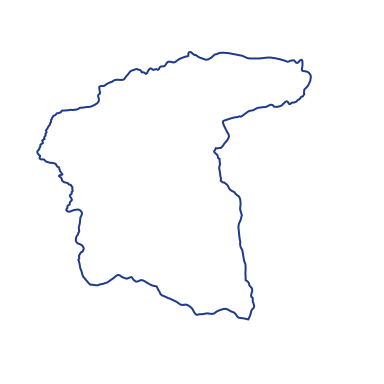 outline of Chima, Santander, Colombia, rotated 77°
{"feature_id": "7082276B29202754493362", "entity_name": "Chima", "entity_type": "district", "adm_level": 2, "iso_a3": "COL", "parent_name": "Colombia", "parent_adm1": "Santander", "projection": "mercator", "projection_center": [-73.411, 6.385], "detail": "fine", "context": "isolated", "style": "outline", "palette": "blue", "viewbox_px": 384, "rotation_deg": 77, "n_neighbors": 0, "source": "geoboundaries", "source_scale": "gbopen_adm2", "svg_char_len": 5940}
<svg xmlns="http://www.w3.org/2000/svg" viewBox="0 0 384 384"><g transform="rotate(77 192 192)"><path d="M328.8,165.8L325.2,163.0L321.1,160.9L320.1,160.0L319.0,158.3L318.3,157.6L317.2,157.1L315.2,157.1L312.2,157.4L309.1,156.7L307.1,157.8L306.1,157.7L303.7,156.6L301.9,155.5L299.7,155.3L298.6,155.6L296.6,156.8L295.5,157.1L293.4,157.1L292.6,157.4L291.4,158.2L289.9,159.6L286.1,158.7L283.4,158.3L278.7,157.0L274.5,156.2L270.5,156.7L260.5,156.1L259.3,156.2L256.9,157.0L254.7,157.0L253.1,156.8L251.7,156.2L247.1,156.0L236.7,154.7L233.6,153.5L230.0,150.8L225.9,148.7L220.2,149.0L218.5,148.7L214.5,147.3L210.0,146.7L207.8,147.0L206.8,147.4L204.1,149.7L201.6,150.8L199.6,153.3L197.6,154.8L193.7,155.8L192.5,156.4L189.9,158.6L189.7,159.7L187.6,161.5L185.6,160.8L184.9,160.7L183.1,160.8L178.7,160.3L175.1,160.2L173.7,159.8L171.0,158.3L169.2,158.3L166.0,157.7L165.7,158.2L164.7,158.9L162.0,158.9L161.2,159.3L158.4,161.2L157.4,161.3L156.2,160.1L154.7,158.9L155.0,158.1L155.5,154.0L155.4,153.5L153.7,151.2L152.2,149.7L149.3,145.8L147.6,144.3L145.9,143.4L144.7,143.4L143.6,143.5L141.4,144.3L134.6,145.9L132.3,146.2L130.5,146.1L129.9,145.6L129.6,144.2L129.0,137.5L128.9,134.0L129.2,130.6L129.0,128.5L129.6,127.4L129.2,126.1L126.1,118.9L125.9,117.4L126.1,113.8L125.3,111.5L124.8,109.0L125.3,103.9L125.7,101.8L125.7,100.4L124.6,95.9L125.2,94.3L125.7,93.7L126.3,93.3L127.0,93.2L127.3,92.9L128.2,90.1L128.2,87.5L127.9,85.5L127.5,84.4L127.0,83.9L125.1,80.6L124.9,79.7L125.2,78.8L125.6,78.5L126.3,78.2L127.9,77.7L128.3,77.2L128.3,76.5L127.6,75.1L127.4,74.0L127.8,72.6L127.5,70.4L127.1,69.5L126.4,68.6L125.9,67.6L125.8,66.5L125.3,65.7L124.1,64.7L123.8,63.7L123.8,62.9L123.5,62.2L121.9,60.6L120.5,60.6L117.4,59.5L115.4,56.2L114.0,54.6L110.5,51.9L107.0,50.4L105.6,50.2L104.4,50.3L102.7,51.0L101.7,51.8L101.0,52.4L100.4,53.2L99.0,56.8L98.2,57.4L97.2,57.4L93.3,55.8L90.1,55.1L88.9,55.0L88.1,55.3L87.8,55.7L87.9,56.8L89.7,59.5L89.9,60.2L89.8,60.8L89.4,61.5L86.7,62.9L86.3,64.8L86.3,67.1L86.6,68.3L86.6,69.2L86.4,69.9L84.4,72.9L82.5,76.4L80.2,81.2L79.8,82.6L78.8,84.8L78.1,87.6L77.1,95.9L75.6,102.7L74.6,106.6L73.7,108.3L70.5,112.5L64.9,125.2L63.4,129.9L62.7,133.6L62.7,134.4L63.2,136.6L63.1,138.4L63.5,139.5L65.4,142.9L66.0,144.9L66.4,146.3L66.4,147.7L66.0,149.2L63.2,153.6L61.8,155.4L59.5,157.4L59.0,158.8L56.9,160.7L56.2,160.9L55.4,161.7L55.2,162.6L55.3,163.6L56.1,164.3L58.5,165.0L58.8,166.0L58.6,167.3L59.1,172.0L59.7,174.9L61.4,178.8L61.7,180.1L61.5,181.3L60.6,182.9L60.0,184.5L59.8,185.8L60.0,186.8L60.5,187.4L62.9,190.0L63.2,191.3L62.7,193.8L63.1,195.1L63.8,195.9L64.7,196.5L65.2,197.3L65.1,198.0L64.2,199.2L64.3,202.3L62.8,203.7L62.3,204.5L62.5,205.6L63.6,207.1L65.8,208.9L66.3,209.6L66.6,210.3L65.2,211.4L64.5,212.3L64.0,214.1L62.9,214.2L61.6,215.0L60.2,217.6L59.8,218.0L59.7,219.3L60.2,223.6L60.6,225.0L63.5,228.6L64.5,230.1L66.8,232.7L67.1,233.9L67.0,235.4L65.7,239.9L65.6,241.9L65.8,243.2L66.6,245.2L66.7,246.9L67.1,248.9L67.6,250.8L68.8,253.5L68.8,254.4L68.4,255.4L68.3,256.4L68.3,257.5L68.7,258.7L71.3,259.2L74.8,259.2L75.7,259.9L75.9,260.8L76.5,261.6L77.5,261.9L80.0,261.8L81.6,262.1L82.6,262.5L84.1,264.2L85.3,267.4L86.0,271.2L86.0,272.6L85.9,273.9L85.5,275.1L85.3,278.5L84.8,282.3L85.6,284.6L85.7,286.7L85.4,287.3L85.4,289.4L84.7,291.4L84.5,292.7L84.5,294.0L83.8,298.8L83.5,299.7L83.5,300.5L84.2,301.2L84.8,302.0L85.1,304.1L85.0,305.2L85.0,306.1L86.3,307.8L86.6,309.9L88.3,311.6L89.3,312.1L89.9,312.9L92.5,313.9L93.1,314.7L94.9,315.7L95.3,316.5L96.1,317.4L97.7,318.7L99.0,320.4L101.1,320.3L102.5,321.8L104.1,322.0L105.2,323.5L106.2,323.9L107.2,323.8L107.7,325.4L108.2,326.3L110.6,326.2L111.1,327.1L111.4,328.1L111.8,329.0L113.7,329.6L114.7,330.8L115.7,331.0L116.4,331.8L116.9,332.8L117.8,333.6L119.2,333.8L121.7,332.7L122.4,332.0L123.2,332.1L124.3,332.8L125.3,332.8L126.2,331.8L127.0,328.9L129.5,327.4L130.1,326.4L131.8,323.4L131.8,322.6L132.4,321.2L133.1,319.7L133.7,318.8L134.7,318.2L136.2,317.9L137.2,317.3L138.0,316.1L141.9,315.9L145.5,314.3L145.9,314.8L146.0,317.5L146.5,318.0L148.5,316.4L149.9,315.9L151.3,316.1L152.5,315.5L153.7,314.4L155.2,311.3L156.0,310.6L156.7,310.5L157.3,309.8L157.6,308.8L158.2,308.3L159.2,308.2L159.9,307.6L160.5,307.4L162.1,308.0L163.4,307.9L164.5,308.3L164.8,309.1L165.9,309.5L166.5,309.6L167.0,310.2L167.4,311.4L168.3,311.9L169.8,311.5L171.0,311.0L172.7,310.8L173.5,311.7L174.2,312.9L175.0,313.5L176.7,314.0L177.3,316.2L177.9,316.6L179.6,317.0L180.6,318.3L181.4,318.5L182.7,317.8L183.3,316.9L183.6,315.5L183.5,313.9L183.0,311.1L183.4,306.9L184.4,305.4L186.0,304.3L188.0,303.9L190.0,305.0L191.6,306.4L196.1,308.0L197.0,308.2L201.1,310.3L204.8,310.7L205.8,311.3L206.3,312.0L208.1,313.0L208.9,314.1L210.2,315.1L212.6,316.0L213.7,316.1L215.1,315.7L216.4,314.9L217.6,313.0L219.2,311.2L220.7,310.5L222.0,310.2L223.1,310.3L225.1,311.7L225.6,312.3L225.5,312.9L225.7,313.5L226.9,314.9L228.4,316.2L228.9,316.5L231.3,316.8L232.6,318.0L233.0,317.8L236.0,317.7L241.1,318.0L244.4,317.5L248.8,317.3L249.9,317.1L257.7,313.1L259.4,311.9L259.7,311.0L259.8,310.2L260.7,308.1L261.7,305.0L261.6,303.8L261.3,302.6L261.5,300.0L261.4,298.5L261.0,294.5L259.7,291.6L258.4,288.2L256.8,285.1L256.3,283.5L256.3,282.2L257.0,281.1L258.5,279.9L259.9,278.3L261.5,275.6L261.8,274.3L261.3,272.2L261.3,270.3L261.9,269.6L263.5,269.1L264.5,268.6L266.4,267.1L266.8,266.5L266.9,265.8L266.9,264.8L266.4,262.0L266.6,260.5L268.0,258.5L270.8,255.8L273.7,252.4L274.6,251.0L275.6,248.6L276.0,247.8L277.0,247.4L279.6,247.0L281.1,246.3L284.5,245.6L285.9,244.6L288.2,241.3L289.9,239.3L290.9,237.6L294.8,232.6L295.6,231.7L298.3,229.3L299.1,228.5L299.9,226.8L300.3,223.3L301.6,221.2L303.4,219.6L305.3,218.3L306.5,217.8L310.2,216.8L312.1,215.7L312.8,215.0L312.8,211.9L313.4,209.3L313.6,204.7L315.2,200.3L315.3,199.6L315.3,197.7L313.9,194.5L313.3,191.1L313.1,187.7L313.3,186.0L313.6,185.1L314.7,183.4L316.9,181.1L319.1,177.9L320.3,177.3L321.0,176.8L323.5,175.9L324.7,175.1L325.6,173.4L326.6,170.4L328.8,165.8Z" fill="none" stroke="#1e3a8a" stroke-width="2"/></g></svg>